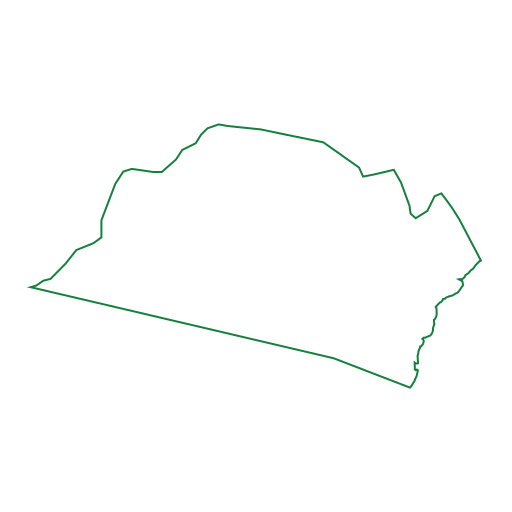 outline of Ngeruikl, Ngchesar, Palau
{"feature_id": "81905179B39182150955379", "entity_name": "Ngeruikl", "entity_type": "district", "adm_level": 2, "iso_a3": "PLW", "parent_name": "Palau", "parent_adm1": "Ngchesar", "projection": "orthographic", "projection_center": [134.618, 7.484], "detail": "fine", "context": "isolated", "style": "outline", "palette": "green", "viewbox_px": 512, "rotation_deg": 0, "n_neighbors": 0, "source": "geoboundaries", "source_scale": "gbopen_adm2", "svg_char_len": 1536}
<svg xmlns="http://www.w3.org/2000/svg" viewBox="0 0 512 512"><path d="M239.1,127.2L227.7,126.0L218.7,124.4L207.5,128.3L201.1,134.6L195.8,143.2L182.3,149.9L176.1,159.4L161.8,172.0L153.3,172.0L131.8,168.9L123.3,171.6L115.3,183.8L101.4,220.3L101.4,237.4L93.4,243.2L76.4,250.0L65.7,263.5L50.5,278.9L43.3,280.7L36.2,285.6L30.7,287.2L333.8,358.3L409.9,387.6L411.4,386.1L413.0,383.4L414.7,380.6L415.1,379.1L416.5,376.4L417.3,373.0L417.9,370.5L417.5,369.8L416.4,369.6L415.8,370.2L414.8,369.5L414.8,366.9L414.7,364.5L414.7,362.6L415.7,363.5L416.8,363.6L418.0,363.2L417.9,361.0L417.7,358.3L417.6,355.7L418.3,353.6L418.4,351.5L419.0,349.9L420.1,347.6L420.1,346.5L421.2,346.3L423.0,344.0L423.6,341.9L423.7,340.4L423.1,339.4L422.4,338.9L423.6,337.7L425.4,337.7L426.4,337.1L428.1,336.4L430.4,335.5L431.8,333.6L432.8,331.3L433.1,327.7L434.4,323.7L434.1,323.0L433.9,319.9L435.2,318.7L436.1,317.0L436.7,314.2L436.6,310.7L436.5,308.4L435.7,306.9L439.9,302.4L440.8,302.3L442.5,300.4L443.0,299.0L445.1,298.7L446.2,297.5L448.0,296.9L449.4,296.2L452.2,295.6L456.2,293.2L457.2,293.0L458.9,291.3L461.8,286.9L463.1,285.2L462.7,283.1L462.4,281.2L458.8,279.3L459.8,279.1L461.6,279.2L462.9,278.7L464.5,277.2L465.6,275.0L468.2,273.4L470.9,270.2L472.8,269.0L476.0,264.7L478.4,262.3L480.3,260.5L481.3,261.3L459.3,219.3L451.4,206.9L441.4,193.4L434.6,196.2L427.4,210.9L415.7,218.2L410.6,213.7L409.5,205.8L401.1,182.7L393.8,169.8L374.8,174.3L363.1,176.6L359.1,167.6L323.3,142.3L287.5,135.0L260.7,129.4L239.1,127.2Z" fill="none" stroke="#15803d" stroke-width="2"/></svg>